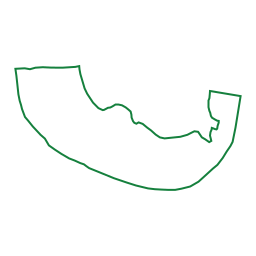 Alamoni, Tuvalu
{"feature_id": "33948139B55306304782384", "entity_name": "Alamoni", "entity_type": "district", "adm_level": 2, "iso_a3": "TUV", "parent_name": "Tuvalu", "parent_adm1": "", "projection": "equal_earth", "projection_center": [177.156, -7.249], "detail": "fine", "context": "isolated", "style": "outline", "palette": "green", "viewbox_px": 256, "rotation_deg": 0, "n_neighbors": 0, "source": "geoboundaries", "source_scale": "gbopen_adm2", "svg_char_len": 1528}
<svg xmlns="http://www.w3.org/2000/svg" viewBox="0 0 256 256"><path d="M15.4,68.8L16.4,75.8L17.5,85.9L18.4,94.3L19.7,100.8L21.0,104.9L22.0,109.0L25.0,117.0L28.0,120.5L32.8,126.5L40.1,134.3L40.2,134.5L44.9,138.6L48.9,145.4L54.7,149.5L61.4,153.9L69.1,158.4L74.6,160.5L80.3,163.1L83.9,164.3L86.4,166.2L89.1,168.1L97.5,171.5L113.9,178.2L126.9,182.6L136.0,185.5L148.0,188.4L154.8,189.2L162.0,189.6L168.9,189.9L175.0,189.9L181.4,188.7L186.6,187.4L190.2,186.5L195.9,183.2L198.5,181.7L202.6,178.0L207.0,174.0L212.9,168.6L217.4,164.9L222.7,158.0L226.7,151.5L230.4,146.1L232.6,141.9L235.5,127.6L240.6,96.1L210.0,91.0L209.8,94.0L209.4,98.2L208.5,100.5L208.5,103.9L208.5,107.2L209.4,110.9L210.2,112.7L210.9,115.9L212.0,117.7L214.8,119.4L217.2,120.7L218.7,120.9L218.7,122.7L217.6,125.9L217.2,128.6L216.5,129.4L215.0,129.1L213.3,128.4L211.8,127.9L211.6,129.6L210.5,132.1L210.0,135.6L210.7,138.4L211.3,140.9L209.2,142.1L205.2,139.3L201.8,137.3L198.1,131.8L194.4,131.3L193.3,131.8L190.3,133.3L187.4,134.8L180.3,136.8L164.6,138.4L159.9,137.4L155.7,134.6L151.0,130.4L147.3,127.7L142.7,123.9L138.6,122.4L136.4,123.7L134.3,122.8L133.0,121.1L132.3,119.3L131.6,117.6L131.4,114.6L130.6,111.5L128.2,109.4L125.7,107.4L122.0,105.3L118.3,104.5L115.5,104.5L112.6,106.3L110.3,107.5L107.9,107.8L106.3,108.7L104.0,109.9L102.7,110.1L98.4,108.1L93.0,102.6L87.8,94.7L87.1,93.6L84.6,88.4L80.4,74.2L79.5,69.4L79.2,66.1L75.3,66.9L62.3,67.7L51.2,67.6L44.4,67.3L43.0,67.2L35.4,67.7L30.0,69.2L24.7,68.3L15.4,68.8Z" fill="none" stroke="#15803d" stroke-width="2"/></svg>